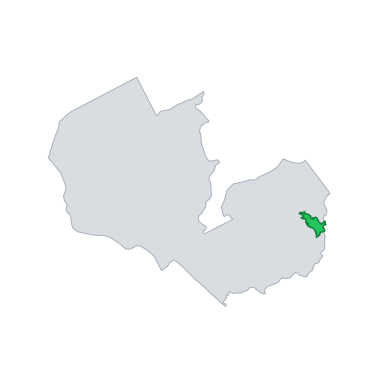 Senga Hill, Northern, Zambia (highlighted), rotated 63°
{"feature_id": "96606910B60229531220552", "entity_name": "Senga Hill", "entity_type": "district", "adm_level": 2, "iso_a3": "ZMB", "parent_name": "Zambia", "parent_adm1": "Northern", "projection": "robinson", "projection_center": [31.64, -9.277], "detail": "fine", "context": "in_parent", "style": "filled", "palette": "green", "viewbox_px": 384, "rotation_deg": 63, "n_neighbors": 0, "source": "geoboundaries", "source_scale": "gbopen_adm2", "svg_char_len": 7729}
<svg xmlns="http://www.w3.org/2000/svg" viewBox="0 0 384 384"><g transform="rotate(63 192 192)"><path d="M248.1,254.8L233.7,254.8L228.4,256.1L224.1,258.1L218.9,261.2L216.0,263.3L215.2,264.5L214.8,267.2L214.8,271.2L214.3,274.2L212.7,276.9L204.9,280.1L199.8,282.8L194.8,285.9L191.0,290.0L188.4,295.0L184.2,301.2L175.2,312.3L170.0,314.4L165.6,313.9L160.3,311.6L156.1,311.1L153.0,312.6L150.2,312.1L147.5,309.8L145.3,309.0L143.5,309.6L141.3,309.5L137.1,308.2L133.4,304.2L131.5,302.6L129.9,302.0L125.6,301.3L115.7,300.4L105.4,302.4L96.4,304.4L87.1,295.6L78.1,286.3L76.2,283.9L72.8,280.8L70.4,279.2L69.4,278.5L66.9,270.2L65.5,262.5L64.7,189.1L105.3,189.1L107.9,188.8L108.0,188.0L106.1,184.1L106.2,182.7L106.7,180.0L108.4,174.7L108.5,172.9L107.7,167.2L107.7,163.9L108.2,157.4L107.9,155.2L108.8,152.2L109.1,150.3L109.5,149.5L109.0,147.2L108.1,139.4L107.6,136.2L110.1,136.7L110.9,138.3L111.4,140.0L112.5,140.1L115.4,141.2L116.4,142.6L117.1,145.7L116.7,147.3L115.8,148.6L116.7,149.7L118.6,150.5L119.8,150.3L123.0,148.1L126.0,147.4L127.6,146.8L134.3,145.4L135.6,144.7L136.5,144.7L137.2,145.3L136.6,147.5L136.4,149.4L137.3,153.1L137.9,154.9L139.3,156.1L140.3,156.8L141.5,158.1L143.8,157.9L149.0,159.8L150.5,160.6L152.7,161.5L154.3,161.8L159.6,162.5L165.2,163.5L168.1,163.6L170.1,163.4L171.6,162.8L172.5,162.2L172.9,161.7L174.9,154.7L176.0,154.1L177.4,153.8L178.2,154.4L179.1,158.8L183.2,162.8L184.6,166.2L185.6,169.1L186.5,169.9L188.0,170.9L190.5,171.2L192.7,171.3L203.6,176.2L204.8,177.1L206.2,179.7L207.0,182.7L207.8,185.0L209.3,185.5L210.5,185.6L211.8,187.2L212.7,188.6L215.9,194.4L216.4,196.7L218.0,198.2L220.1,198.9L222.1,199.0L223.2,198.3L226.0,197.1L228.1,195.7L229.7,195.3L230.7,195.6L231.4,196.5L231.9,199.4L233.4,200.4L234.5,200.0L235.0,198.8L235.0,198.3L234.9,168.1L233.9,168.3L232.7,169.2L229.8,169.3L228.7,169.9L228.3,170.9L228.5,172.1L228.6,173.8L228.2,174.6L226.9,174.9L225.1,174.3L221.8,173.4L219.0,172.9L217.0,170.6L214.3,167.2L212.6,165.5L208.3,161.9L207.6,161.2L206.3,159.6L205.2,156.7L204.1,153.5L203.5,151.4L204.5,148.2L207.0,137.7L207.5,134.5L209.6,131.2L209.7,128.2L208.9,124.4L209.1,122.3L209.4,110.3L208.8,106.5L207.4,102.4L204.3,96.5L204.3,95.3L209.0,91.5L210.4,90.0L212.9,87.0L214.6,84.4L215.6,82.2L216.0,79.5L215.2,76.9L216.8,76.4L255.7,69.6L256.3,71.4L257.4,74.4L258.8,76.6L260.4,78.5L261.9,79.7L262.8,80.0L268.8,79.9L271.0,81.1L272.8,82.6L273.3,84.8L274.5,86.3L275.9,87.4L276.4,87.5L277.4,87.3L279.0,87.2L280.5,87.7L281.2,88.2L281.3,90.2L281.8,91.0L283.8,91.4L285.8,91.5L287.8,92.8L290.0,93.0L292.5,93.6L293.7,95.0L296.3,96.4L299.5,97.7L303.1,99.8L303.2,100.5L303.8,101.7L304.4,102.6L304.5,103.9L304.8,105.2L305.7,105.5L306.4,105.5L307.1,104.7L308.1,104.7L309.1,105.2L309.5,106.6L310.3,108.6L311.6,109.8L312.5,111.1L312.2,113.4L311.7,115.5L313.4,117.5L315.8,119.5L316.4,120.4L316.6,123.3L316.9,124.3L318.5,126.7L319.3,128.3L319.2,129.2L315.0,134.0L312.4,134.7L311.2,135.7L310.5,136.7L312.2,141.5L313.1,143.3L312.4,145.6L310.7,149.4L309.9,149.8L309.7,152.7L310.3,153.7L311.1,154.6L311.4,156.5L311.4,161.4L310.3,167.0L312.2,171.9L312.8,172.4L315.5,172.5L315.9,172.9L315.3,174.3L313.4,176.4L310.1,178.1L305.2,179.9L304.2,181.7L303.6,184.2L304.1,185.7L304.8,186.6L304.5,188.8L304.1,191.2L304.3,193.0L304.0,194.7L303.4,195.5L302.6,198.0L301.5,200.4L300.7,201.6L299.5,202.8L297.6,203.8L297.6,204.2L299.8,205.4L300.3,206.2L300.5,206.7L299.6,208.0L300.6,208.7L301.8,209.4L303.0,211.0L304.3,214.2L304.6,214.5L304.9,214.5L305.6,214.2L307.0,212.9L307.9,212.5L309.1,214.3L288.9,222.0L284.1,223.5L277.1,226.3L274.8,227.3L272.9,228.3L254.1,234.3L251.2,235.5L244.5,238.5L244.3,239.0L244.4,240.4L245.0,243.3L246.2,246.0L247.1,247.5L247.8,251.4L248.1,254.8Z" fill="#d9dde1" stroke="#a8b0b8" stroke-width="1"/><path d="M264.7,106.3L264.8,106.3L264.8,106.2L265.1,106.1L265.3,106.1L265.5,105.9L265.7,105.7L265.8,105.5L265.9,105.3L266.0,105.1L266.3,104.9L266.6,104.9L266.7,104.7L266.7,104.3L266.9,104.0L267.0,103.9L267.1,103.7L267.3,103.5L267.2,103.5L267.3,103.3L267.4,103.2L267.5,103.0L267.9,102.8L268.1,102.6L268.5,103.0L268.8,103.2L269.1,103.4L269.4,103.5L269.7,103.7L269.8,103.8L270.0,103.9L270.2,104.2L270.3,104.3L270.6,104.3L270.9,104.2L271.0,104.2L271.2,104.3L271.4,104.2L271.7,104.3L271.8,104.3L271.8,104.2L271.9,104.3L272.0,104.3L272.3,104.4L272.5,104.4L272.5,104.2L272.5,103.9L272.4,103.9L272.4,103.7L272.5,103.7L272.4,103.2L272.6,103.0L272.5,102.9L273.0,102.7L273.2,103.1L273.4,103.3L273.9,104.1L274.0,104.1L274.4,104.1L274.8,104.3L274.9,104.2L275.0,104.0L275.1,103.9L275.2,103.7L275.3,103.6L275.5,103.5L275.5,103.4L275.8,103.3L275.8,103.2L276.0,103.1L276.3,103.1L276.4,102.9L276.4,102.7L276.5,102.6L276.8,102.5L276.9,102.4L277.3,102.5L277.4,102.4L277.5,102.3L277.8,102.2L277.9,101.9L277.9,101.7L278.3,101.5L278.4,101.3L278.6,101.2L278.8,100.7L279.0,100.6L279.3,100.5L279.5,100.5L279.8,100.3L280.1,100.3L280.7,100.0L281.0,100.1L281.4,100.0L281.5,99.9L281.9,99.9L282.0,99.9L282.2,100.0L282.3,100.0L282.7,100.0L283.1,100.0L283.4,100.0L283.5,100.0L283.7,99.9L283.7,100.0L284.0,100.0L284.1,99.9L284.2,100.0L284.3,99.9L284.5,99.9L284.8,100.0L285.0,100.2L285.3,100.2L285.7,100.6L285.8,100.6L286.4,100.4L286.7,100.6L286.9,100.5L287.1,100.6L287.3,100.6L287.6,100.8L287.9,100.8L288.1,101.2L288.3,101.3L288.4,101.5L288.7,101.6L288.7,101.4L288.8,101.4L288.8,101.2L288.7,100.8L288.7,100.7L288.6,100.4L288.6,100.1L288.6,99.9L288.6,99.7L288.6,99.2L288.4,99.0L288.3,98.8L288.4,98.6L288.3,98.4L288.2,98.0L288.1,97.9L288.1,97.7L287.8,97.6L287.7,97.6L287.6,97.4L287.4,97.2L287.0,96.8L287.0,96.7L286.9,96.4L286.7,96.2L286.6,95.9L286.5,95.7L286.4,95.7L286.5,95.6L286.3,95.3L286.3,95.2L286.3,94.8L286.3,94.7L286.6,94.3L286.6,94.2L286.9,93.3L286.9,93.2L286.9,92.9L286.9,92.6L287.0,92.4L287.0,92.1L287.0,91.8L286.8,91.7L286.7,91.4L286.5,91.1L286.1,91.3L284.5,90.9L283.3,91.2L283.3,91.5L283.0,91.6L282.7,91.5L282.5,91.3L282.2,91.1L282.1,90.9L282.0,90.6L281.8,90.4L281.6,90.2L281.6,89.7L281.5,89.2L281.6,88.9L281.7,88.7L281.9,88.2L281.9,87.9L281.8,87.7L281.7,87.6L281.4,87.8L281.1,87.7L279.9,87.2L279.1,87.1L279.0,86.9L278.7,86.8L278.4,86.9L278.5,87.5L278.4,87.9L278.5,88.0L278.6,88.4L278.9,89.0L279.0,89.3L279.2,89.7L279.3,89.9L279.5,90.5L279.5,90.8L279.4,91.2L279.4,91.4L278.8,91.2L278.6,91.2L278.3,91.4L278.1,91.7L277.8,92.0L277.0,92.4L276.6,92.6L276.2,92.6L275.9,92.6L275.7,92.4L274.8,92.4L274.3,92.8L274.0,92.8L273.7,92.8L273.3,92.6L272.6,92.4L272.3,92.5L271.7,92.7L271.4,92.9L270.8,93.0L270.6,94.0L270.5,94.5L270.3,95.2L269.9,95.8L270.0,96.0L269.9,96.1L270.2,96.6L270.8,96.6L271.2,96.5L271.4,96.6L271.3,96.8L270.6,97.4L270.3,97.4L270.1,97.6L269.8,98.0L269.6,98.1L269.1,98.1L269.0,97.9L268.8,97.8L268.5,97.9L268.1,97.8L268.0,97.6L267.9,97.7L267.7,97.6L267.6,97.4L267.3,97.2L267.1,97.2L266.9,97.3L266.6,97.5L266.4,97.8L266.2,97.9L265.9,98.0L265.7,98.0L265.4,98.1L265.2,98.3L264.7,98.5L264.4,98.7L264.1,98.8L264.3,98.8L264.0,99.5L263.7,99.6L263.3,99.8L263.1,100.3L263.1,100.6L263.0,100.9L262.9,101.2L262.8,101.3L262.5,101.5L262.3,101.4L262.1,101.3L261.9,101.2L261.6,101.2L261.6,101.3L261.4,101.2L261.1,101.1L260.9,100.9L260.9,101.1L260.6,101.2L260.6,101.3L260.7,101.5L260.8,101.6L260.9,101.8L260.8,102.2L260.8,102.3L260.8,102.6L260.8,102.8L260.7,102.7L260.6,102.8L260.7,103.0L260.4,103.2L260.5,103.4L260.5,103.5L260.3,103.6L260.2,103.5L260.0,103.8L259.9,103.9L259.9,104.2L259.8,104.3L259.7,104.3L259.6,104.5L259.3,104.6L259.3,104.8L259.5,105.0L259.7,105.4L259.8,105.4L259.9,105.6L260.3,105.8L260.3,106.0L260.5,105.9L260.8,105.4L261.9,104.6L262.2,104.3L262.3,103.9L262.5,104.0L263.1,103.7L263.4,103.7L263.7,103.7L263.9,103.4L264.1,103.3L264.4,103.5L264.6,103.6L264.8,103.8L264.7,104.1L264.6,104.3L264.6,104.5L264.5,104.8L264.6,105.0L264.6,105.3L264.6,105.5L264.7,106.0L264.7,106.3Z" fill="#22c55e" stroke="#15803d" stroke-width="1.5"/></g></svg>